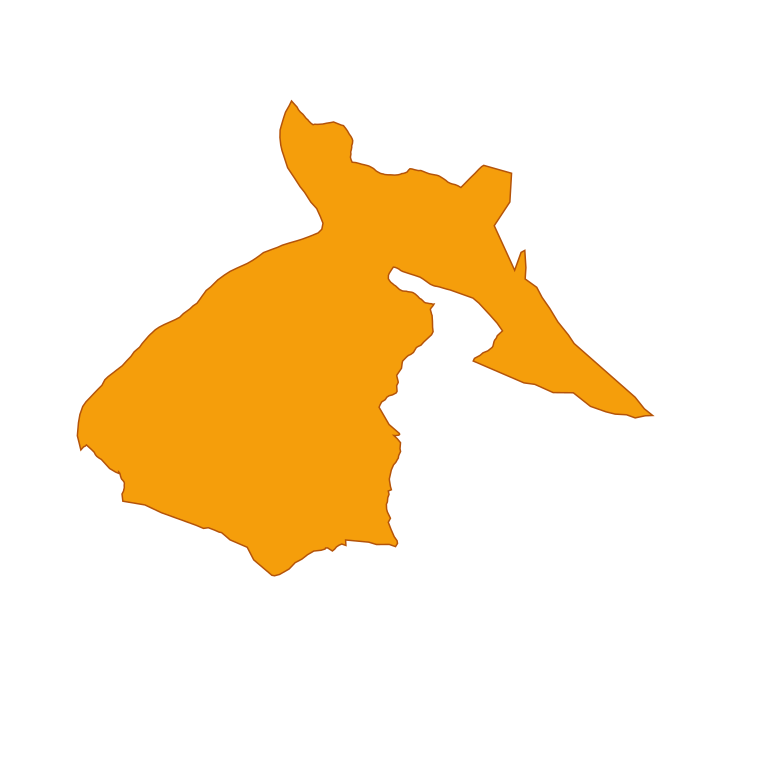 Ideato North, Imo, Nigeria, rotated 305°
{"feature_id": "59680162B2351853936587", "entity_name": "Ideato North", "entity_type": "district", "adm_level": 2, "iso_a3": "NGA", "parent_name": "Nigeria", "parent_adm1": "Imo", "projection": "equal_earth", "projection_center": [7.158, 5.852], "detail": "fine", "context": "isolated", "style": "filled", "palette": "amber", "viewbox_px": 768, "rotation_deg": 305, "n_neighbors": 0, "source": "geoboundaries", "source_scale": "gbopen_adm2", "svg_char_len": 5163}
<svg xmlns="http://www.w3.org/2000/svg" viewBox="0 0 768 768"><g transform="rotate(305 384 384)"><path d="M562.8,145.9L557.8,146.7L550.2,147.4L544.5,149.1L537.0,151.6L532.5,153.2L526.2,157.4L520.5,162.4L516.7,166.6L512.9,171.7L505.9,181.0L503.5,187.1L501.3,192.8L497.5,202.1L495.5,208.9L491.0,219.8L489.1,228.3L488.3,229.6L484.6,235.9L480.7,241.8L475.1,244.3L470.0,243.4L461.9,238.2L455.7,233.9L451.3,230.5L445.0,225.4L439.4,221.1L435.0,218.5L430.0,215.0L422.5,209.9L416.9,208.1L412.8,206.6L410.0,205.5L404.4,202.9L400.0,200.3L394.3,196.9L388.1,193.4L381.8,190.8L374.4,188.3L374.3,188.2L364.2,186.4L358.6,184.7L355.3,184.7L352.3,184.6L347.3,184.6L342.9,184.5L338.5,182.8L334.1,181.9L328.0,179.8L326.6,179.3L322.7,178.6L321.5,178.4L316.5,175.8L306.5,169.8L301.9,167.4L301.5,167.2L297.1,165.5L292.2,164.5L291.1,164.2L288.3,163.7L280.4,162.9L278.3,162.7L276.9,162.7L273.9,162.7L270.6,161.8L267.0,160.9L261.3,160.9L255.7,160.0L248.7,159.1L244.3,157.7L243.5,157.5L243.1,157.3L237.5,155.6L231.8,153.8L227.4,152.9L221.1,153.7L216.1,152.8L210.4,151.9L204.2,151.0L198.5,150.1L192.8,150.1L184.6,152.4L177.1,155.9L165.7,162.5L160.6,168.4L156.1,173.5L160.3,174.0L161.5,174.8L163.4,175.2L162.6,181.6L161.9,185.7L160.6,188.1L160.0,190.2L159.9,193.1L160.1,195.8L159.9,196.6L157.4,207.7L157.9,214.6L158.6,217.8L159.8,217.0L159.5,218.4L158.5,219.9L157.4,221.0L156.9,221.7L156.0,222.9L155.6,223.7L155.3,225.1L154.8,226.8L154.4,227.6L153.9,228.1L153.6,228.4L152.0,229.3L150.3,230.6L149.5,231.0L148.1,231.5L147.3,231.9L146.5,232.1L145.1,232.3L143.6,232.5L138.2,237.3L147.8,257.5L150.9,275.5L160.5,311.1L162.2,319.0L165.5,322.5L167.1,328.9L168.1,333.9L169.1,336.1L168.7,340.7L168.0,347.2L171.8,365.6L165.2,378.2L163.0,401.8L164.1,404.3L168.1,407.7L178.1,412.4L186.7,413.7L193.5,417.2L200.4,419.3L206.9,422.3L211.7,427.8L215.0,430.4L216.1,430.2L217.4,431.8L217.5,434.4L217.6,437.5L220.4,438.3L223.3,438.5L226.1,439.6L228.7,441.2L229.9,445.4L234.2,442.0L245.7,462.2L248.2,469.9L255.6,480.3L257.4,486.7L261.2,486.5L263.1,484.6L264.8,479.9L268.9,473.2L273.2,466.8L277.7,466.3L281.1,460.2L283.0,457.9L286.9,454.9L289.4,454.4L293.0,452.3L296.5,451.4L298.8,448.9L301.6,450.7L303.7,448.1L308.1,443.8L309.3,442.8L317.8,439.3L323.3,438.2L326.7,438.6L329.3,438.3L331.6,438.2L333.0,437.4L334.6,436.9L338.2,436.3L340.2,434.2L345.4,431.2L346.8,426.2L347.0,424.6L347.5,421.6L348.2,422.9L349.3,424.0L350.0,424.9L350.8,425.5L351.6,425.7L352.3,425.0L353.7,411.4L362.1,393.3L364.9,392.7L368.0,392.4L371.9,394.0L374.8,393.9L377.3,394.9L380.0,397.2L383.7,399.1L385.5,398.9L389.9,395.3L393.3,394.8L394.3,394.0L398.0,389.7L398.8,389.4L406.9,389.3L412.1,386.6L413.7,386.1L419.2,387.0L421.4,387.6L423.5,388.9L426.7,390.0L432.3,389.6L433.9,390.2L437.0,392.0L441.3,392.5L451.6,394.7L455.0,394.2L458.4,391.2L463.2,387.7L467.8,384.0L468.4,383.0L469.4,381.9L470.3,380.8L471.1,379.8L471.8,379.1L472.4,379.0L473.2,379.0L474.6,379.1L475.7,379.2L477.4,379.2L478.1,379.1L477.6,378.6L477.2,377.7L476.9,376.7L476.0,375.2L475.1,373.1L474.3,371.5L474.1,370.1L474.4,368.5L474.8,366.0L474.6,364.0L475.2,361.4L475.6,358.1L475.5,355.5L475.1,354.1L474.2,352.3L473.4,350.8L472.8,349.1L471.6,347.2L470.8,345.7L470.3,342.5L470.6,340.2L471.0,337.3L470.9,335.3L471.1,333.8L471.2,331.3L471.7,329.6L472.7,327.2L475.5,325.3L477.7,324.8L482.0,324.6L485.1,324.6L485.9,326.1L486.4,328.0L486.7,330.1L486.6,332.7L486.9,334.7L488.0,338.4L489.3,342.7L490.6,346.8L492.2,352.3L492.4,355.6L492.3,364.8L493.0,368.2L493.5,369.7L494.4,371.5L495.4,374.0L496.5,377.4L497.7,380.9L499.0,384.3L505.4,407.6L504.7,415.3L501.3,431.1L498.7,441.9L495.5,450.6L488.6,449.1L485.8,449.7L483.4,449.5L481.6,449.9L477.6,451.5L476.0,451.6L470.6,450.0L469.1,449.0L466.3,447.2L462.6,446.3L456.9,443.4L454.0,443.9L465.2,498.0L470.2,507.7L474.0,527.5L485.4,544.1L484.1,565.9L488.5,581.7L491.9,590.6L497.9,600.3L500.3,609.2L507.8,616.2L512.3,622.1L513.0,611.5L517.2,597.3L521.2,561.3L526.2,516.5L529.9,507.0L534.6,490.8L540.9,476.6L545.6,463.8L550.8,453.7L551.0,439.4L560.7,433.5L574.2,422.7L570.4,420.8L552.1,425.8L576.9,383.5L605.3,382.7L629.8,367.6L620.3,340.3L618.0,339.3L614.1,338.5L608.6,337.7L601.8,336.4L593.8,335.1L589.1,334.3L588.9,332.3L588.8,331.0L588.5,329.6L588.1,327.9L587.0,325.2L586.4,323.1L586.0,320.4L586.3,317.9L586.3,315.1L586.1,311.1L585.9,309.4L585.3,307.5L584.5,305.8L583.0,302.5L582.1,300.3L581.2,296.8L580.7,294.5L580.0,291.7L578.5,289.7L577.1,286.2L576.2,283.6L575.2,281.8L573.2,281.4L571.1,281.4L569.3,280.4L567.5,279.0L566.6,277.9L565.1,277.0L563.4,275.5L561.3,273.0L559.1,269.4L557.7,267.4L556.0,264.4L555.6,262.9L555.1,261.9L554.5,260.3L554.2,257.8L554.0,255.6L554.5,251.9L554.2,248.7L553.9,246.7L553.4,245.1L552.3,242.2L551.3,239.8L550.5,237.4L549.2,233.9L547.4,230.7L548.2,229.4L549.1,228.0L550.5,226.4L553.4,225.0L555.0,223.6L557.3,222.8L559.6,221.7L560.5,220.9L563.1,220.1L565.4,218.8L566.7,217.1L567.8,214.9L568.8,212.1L570.3,209.0L571.4,206.0L572.4,202.6L571.6,200.5L569.7,192.4L567.8,190.6L564.6,187.3L561.8,184.7L558.5,180.6L557.0,178.2L555.7,177.2L555.7,174.7L556.3,171.3L556.6,170.7L557.0,167.6L558.4,163.0L558.8,159.4L559.6,156.6L561.0,153.9L561.6,151.1L562.8,145.9Z" fill="#f59e0b" stroke="#b45309" stroke-width="1.5"/></g></svg>